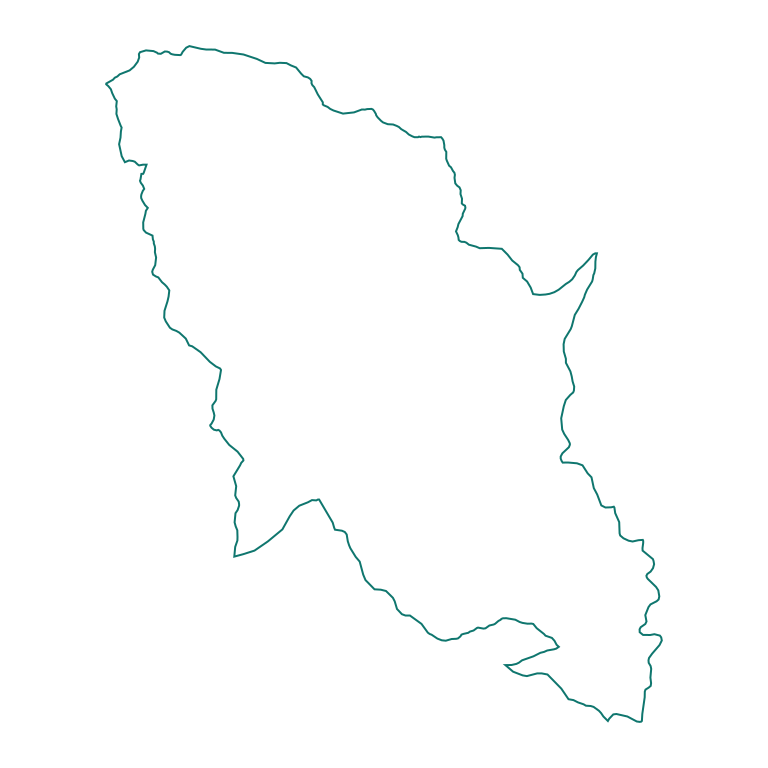 the district of Saleng, Mongar, Bhutan
{"feature_id": "84629894B77073852352819", "entity_name": "Saleng", "entity_type": "district", "adm_level": 2, "iso_a3": "BTN", "parent_name": "Bhutan", "parent_adm1": "Mongar", "projection": "natural_earth1", "projection_center": [91.106, 27.254], "detail": "fine", "context": "isolated", "style": "outline", "palette": "teal", "viewbox_px": 768, "rotation_deg": 0, "n_neighbors": 0, "source": "geoboundaries", "source_scale": "gbopen_adm2", "svg_char_len": 6049}
<svg xmlns="http://www.w3.org/2000/svg" viewBox="0 0 768 768"><path d="M234.3,556.6L243.2,554.2L254.5,550.6L267.9,541.4L282.4,529.4L289.7,516.3L293.6,510.5L299.3,505.7L307.9,502.3L312.0,500.1L316.3,500.4L318.0,499.5L319.1,499.5L332.7,522.6L334.2,527.8L335.0,529.7L341.9,530.7L344.8,532.0L346.7,534.5L347.8,541.3L349.1,545.3L350.4,548.3L355.7,556.9L359.7,561.6L363.2,574.6L365.5,580.1L374.5,589.3L380.8,589.7L386.0,591.0L392.9,597.8L394.7,601.3L397.0,609.0L401.9,614.2L405.4,615.5L409.9,615.5L421.5,623.9L427.8,632.6L429.7,634.0L431.6,634.7L437.4,638.6L441.8,640.3L445.8,640.7L451.7,639.0L456.2,638.8L458.0,638.4L460.4,636.4L461.5,634.6L463.5,633.9L468.3,632.8L469.9,631.6L473.6,630.5L476.9,628.0L478.0,627.6L483.5,628.6L485.5,628.3L489.4,625.5L493.7,624.5L495.1,623.8L498.5,620.9L500.6,619.8L501.4,618.9L502.9,618.3L506.3,618.2L515.3,619.7L519.7,622.0L522.5,622.9L527.5,623.7L531.6,623.6L533.3,624.0L536.7,628.2L544.0,634.0L545.5,635.7L551.9,637.9L554.5,640.8L556.6,644.8L558.8,646.8L556.3,648.6L554.0,649.3L547.2,650.5L544.1,651.9L540.4,652.8L533.5,656.3L522.1,660.3L518.9,662.7L516.4,663.9L511.5,665.0L505.4,665.1L513.1,671.7L522.7,675.4L526.9,676.1L537.2,673.4L541.7,673.4L547.5,674.5L561.3,688.6L568.5,699.2L573.5,700.1L578.0,702.4L583.6,704.3L585.9,705.7L590.7,706.0L593.6,706.9L599.0,710.8L601.1,713.1L603.4,716.5L607.9,721.0L609.2,718.7L613.3,714.4L616.4,714.0L627.4,716.5L636.8,721.5L639.8,721.9L641.3,721.6L641.9,720.9L642.3,714.0L644.7,697.2L644.8,691.6L645.5,689.6L648.7,687.6L650.7,685.9L651.1,683.2L650.4,677.6L651.2,668.9L650.6,666.0L648.7,662.8L648.5,660.3L649.0,658.0L652.1,653.7L659.5,645.1L661.8,640.5L661.2,637.4L659.9,635.6L654.4,634.2L650.2,635.0L643.0,634.9L639.7,632.2L639.6,629.3L640.7,627.2L645.3,624.0L646.5,621.5L645.3,615.1L648.5,607.1L650.5,604.4L656.7,601.2L658.6,599.5L659.3,596.4L658.3,590.4L656.1,587.0L647.7,578.8L646.8,577.4L646.4,575.8L647.3,574.0L650.6,571.6L653.0,568.2L654.1,564.2L653.5,560.8L652.9,559.1L642.6,550.6L642.5,548.1L643.2,542.9L643.2,540.9L642.8,539.9L638.5,540.2L632.6,541.5L628.6,540.7L623.5,538.3L620.2,535.5L619.6,533.4L619.2,522.1L615.2,513.1L614.4,507.6L613.8,506.7L611.2,507.3L605.4,507.5L601.3,505.4L597.2,494.5L593.8,488.1L591.5,477.3L587.7,473.4L582.5,465.3L577.0,463.3L567.9,462.5L562.7,462.6L561.6,460.9L560.7,458.6L560.7,456.5L562.4,453.3L568.9,447.2L569.9,444.7L569.8,443.3L568.2,440.0L564.2,433.9L562.2,429.6L561.2,418.3L563.8,406.2L565.8,400.0L570.2,395.0L573.2,392.4L573.9,390.6L574.2,386.6L572.6,381.4L571.7,376.3L570.4,371.4L565.9,362.8L565.9,358.8L563.8,351.5L563.6,344.2L564.7,338.9L570.7,329.1L571.8,326.3L574.8,314.9L578.5,308.9L582.2,301.7L584.2,297.3L584.9,294.7L587.1,289.6L592.1,281.5L592.7,279.4L593.4,275.0L594.2,273.4L595.3,268.4L595.4,261.6L595.9,257.2L596.9,253.3L595.3,253.3L592.9,254.6L588.4,260.0L583.2,265.5L577.9,270.1L576.4,272.0L574.8,275.5L572.2,279.3L569.3,281.8L565.8,284.0L558.7,289.7L554.3,292.2L549.6,293.8L545.5,294.5L539.7,294.9L533.1,294.1L530.7,287.6L527.1,281.5L522.8,277.8L522.5,273.7L519.8,269.9L519.6,267.3L518.1,265.3L512.2,260.5L507.6,254.6L501.8,248.8L488.9,247.9L479.7,248.2L476.0,246.6L468.9,244.7L466.4,242.7L464.5,241.9L461.4,241.8L459.8,241.0L458.7,239.9L458.4,237.3L457.8,235.2L456.0,231.4L457.7,227.1L458.4,224.1L462.6,216.1L462.8,213.7L465.2,208.7L465.4,207.5L465.0,205.7L462.8,204.5L461.8,203.4L462.0,198.7L460.5,194.1L460.7,190.2L459.5,187.4L457.2,185.7L455.3,183.4L454.5,177.8L454.9,174.8L454.4,172.7L453.0,171.0L451.0,167.3L449.1,165.7L446.8,160.6L446.2,158.7L446.3,151.9L444.9,149.7L444.3,147.7L444.3,145.1L443.5,140.6L442.3,138.6L441.1,137.2L436.3,137.3L434.5,137.6L428.4,136.6L425.9,136.6L421.7,136.7L420.4,137.1L419.0,136.6L418.0,137.2L414.5,137.2L412.2,136.3L408.8,134.5L406.1,132.0L401.3,129.2L398.9,127.0L396.7,125.9L393.1,124.5L387.8,124.2L383.0,122.4L381.0,120.8L377.6,117.3L376.2,115.3L375.9,114.0L374.2,111.1L373.0,109.6L371.6,108.9L367.1,109.1L365.0,109.6L361.9,109.5L354.0,112.4L343.0,113.6L333.5,110.5L330.2,108.9L327.6,106.9L323.8,105.3L322.8,104.5L322.8,102.3L317.8,94.4L314.2,87.1L312.4,85.2L311.5,83.3L311.6,80.9L310.2,78.9L307.9,77.4L303.8,76.3L301.2,73.7L296.1,67.5L290.9,65.4L286.5,63.1L279.8,62.8L274.7,63.4L265.4,62.9L256.8,58.9L243.5,54.5L232.3,52.9L223.9,52.8L215.1,49.6L206.0,49.5L200.9,48.8L189.4,46.1L186.2,47.7L182.7,51.8L181.1,54.7L180.2,55.1L174.8,54.8L172.2,54.3L170.6,53.7L169.0,52.2L167.1,51.6L164.8,51.5L160.8,53.8L158.0,53.6L157.0,52.7L153.5,51.1L146.0,50.4L140.0,52.2L138.9,54.1L139.2,57.5L137.7,61.7L133.9,66.8L129.6,70.4L119.7,74.3L117.3,76.5L114.8,77.7L113.0,79.7L106.3,83.5L106.2,84.3L108.4,86.2L110.9,89.3L112.2,93.1L114.8,98.6L116.8,101.1L116.2,106.4L116.7,109.3L116.4,113.9L118.0,118.9L120.7,125.8L121.6,127.5L120.9,131.5L120.5,137.6L119.1,144.2L121.7,156.2L124.9,162.2L129.0,160.5L132.7,161.0L134.8,161.7L137.7,164.5L139.1,165.4L142.9,164.7L146.5,164.7L143.8,172.6L143.2,173.8L141.4,173.9L140.5,179.3L140.0,180.8L140.8,182.8L142.9,185.6L144.2,188.9L142.8,190.9L141.4,194.4L141.1,196.2L141.2,198.1L142.4,200.7L145.0,205.0L147.8,207.9L145.9,210.8L145.4,213.8L143.2,222.4L143.3,228.8L143.7,230.1L146.0,232.6L152.5,235.6L152.9,239.4L153.8,241.6L153.8,243.4L154.8,246.3L155.1,248.8L154.9,252.2L156.1,257.5L155.2,265.2L152.8,269.7L152.2,271.8L153.0,274.6L156.0,276.5L158.3,277.4L162.0,282.2L164.7,284.5L166.8,286.7L169.3,290.4L168.6,296.5L167.5,301.3L164.5,310.8L164.2,317.6L165.8,321.4L169.9,327.7L172.3,329.4L176.3,330.9L179.3,332.6L185.8,338.6L189.1,345.4L192.2,346.3L200.6,352.2L209.8,361.8L215.8,366.4L220.1,368.5L221.0,370.0L219.5,379.0L216.3,389.7L216.2,399.3L215.6,400.9L212.4,405.3L212.5,408.7L213.7,412.4L214.4,415.5L213.7,419.6L211.5,423.7L210.4,424.8L210.2,425.7L211.5,427.7L213.9,429.7L216.8,430.4L218.2,429.9L219.4,430.5L221.0,432.4L222.3,435.7L224.2,438.6L229.2,444.9L237.6,451.7L243.2,458.9L243.4,460.5L241.2,462.9L240.1,465.3L233.4,476.3L236.2,486.2L235.2,495.4L236.2,498.0L238.7,501.6L239.1,504.1L239.1,505.7L237.6,510.1L235.5,513.2L234.6,522.4L235.7,526.4L237.3,530.3L237.5,537.0L237.4,540.5L235.2,546.9L234.3,556.6Z" fill="none" stroke="#0f766e" stroke-width="2"/></svg>